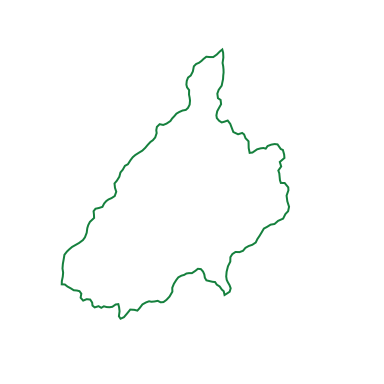 Muzambinho, Minas Gerais, Brazil (Equal Earth projection), rotated 201°
{"feature_id": "56859067B59746480079814", "entity_name": "Muzambinho", "entity_type": "district", "adm_level": 2, "iso_a3": "BRA", "parent_name": "Brazil", "parent_adm1": "Minas Gerais", "projection": "equal_earth", "projection_center": [-46.515, -21.373], "detail": "fine", "context": "isolated", "style": "outline", "palette": "green", "viewbox_px": 384, "rotation_deg": 201, "n_neighbors": 0, "source": "geoboundaries", "source_scale": "gbopen_adm2", "svg_char_len": 2985}
<svg xmlns="http://www.w3.org/2000/svg" viewBox="0 0 384 384"><g transform="rotate(201 192 192)"><path d="M255.6,209.7L258.2,206.2L259.8,203.2L260.8,199.8L261.8,194.9L264.0,192.4L264.6,188.1L265.8,184.6L265.3,180.2L266.2,175.6L267.4,172.2L265.4,168.3L262.8,165.1L262.7,160.5L264.9,157.5L267.3,155.1L268.8,152.8L269.9,149.8L270.3,146.0L273.2,143.7L276.1,141.8L277.0,138.8L275.5,135.9L274.1,132.7L275.4,130.0L276.6,127.5L277.0,123.9L276.8,120.8L275.7,116.2L275.7,111.3L276.6,108.0L279.2,103.9L281.5,101.1L284.3,97.7L286.1,94.4L287.4,91.6L288.6,87.7L287.7,83.3L286.8,78.6L285.5,74.2L283.4,70.5L282.3,66.6L281.6,62.2L280.5,59.1L277.6,60.1L274.4,59.1L270.6,58.6L267.2,57.9L264.1,58.8L261.5,59.1L258.9,57.4L258.1,53.4L254.7,51.6L251.9,54.2L248.5,55.1L245.6,53.0L244.2,50.3L241.5,49.4L238.3,51.9L235.2,51.4L233.3,53.7L230.4,54.0L227.6,54.9L225.2,56.3L223.0,59.6L220.6,60.9L218.8,58.3L216.9,54.7L215.7,49.8L213.3,48.1L210.7,50.7L209.1,55.2L207.5,60.1L203.7,61.3L200.5,61.7L199.3,64.8L198.0,69.3L195.3,72.5L192.9,74.6L190.5,75.0L187.7,76.4L185.0,78.1L181.7,77.8L179.2,79.0L177.2,82.1L175.5,86.3L174.6,91.9L176.1,95.5L176.0,99.9L175.1,104.4L174.2,107.4L171.9,110.1L169.6,111.8L168.0,113.9L165.9,115.1L163.0,116.2L160.6,119.6L159.0,122.4L156.1,123.2L153.2,121.7L151.0,119.5L149.3,116.6L146.9,114.7L143.8,115.1L140.8,115.5L138.2,116.2L135.7,114.4L132.3,113.7L129.2,111.6L126.8,110.7L124.7,107.5L122.8,110.0L121.1,112.4L121.4,116.0L123.6,118.5L126.2,120.6L128.1,122.4L129.8,125.4L131.1,129.9L131.8,135.5L131.3,140.7L132.8,144.9L132.1,148.5L129.9,151.6L126.1,152.9L123.3,155.4L122.1,159.0L119.7,161.9L116.8,164.3L114.4,167.7L114.1,171.5L113.3,174.9L112.5,179.3L111.8,183.6L109.3,186.5L106.9,189.7L103.5,191.7L101.3,195.9L97.4,199.8L96.9,204.9L95.4,208.5L96.1,213.0L99.7,217.5L102.4,222.5L102.6,228.2L103.8,230.8L108.7,233.6L112.3,232.3L114.1,234.5L117.2,240.7L119.1,243.0L117.9,247.8L120.8,251.5L117.9,256.9L119.4,260.0L122.2,263.8L124.5,263.9L129.2,267.1L132.0,266.4L135.0,264.6L137.9,262.0L138.7,258.9L141.0,258.7L143.5,257.4L146.5,255.2L149.7,250.5L152.2,249.2L154.8,253.3L157.4,259.6L161.3,261.4L164.0,264.4L166.3,265.1L169.7,262.4L174.9,262.8L180.7,269.3L184.3,271.5L187.0,269.2L189.2,267.6L192.2,268.2L195.3,269.9L196.7,272.3L197.4,276.4L197.0,279.6L196.3,284.4L198.3,288.2L201.4,288.9L203.6,292.9L203.7,296.9L202.4,301.9L203.5,308.6L204.6,312.0L205.3,314.8L206.5,317.7L207.9,320.5L209.7,323.4L210.9,328.7L212.8,333.1L214.8,335.9L216.4,333.1L218.1,329.2L220.5,325.6L223.6,324.4L227.1,323.4L228.9,320.4L230.1,317.8L231.8,315.1L234.0,313.0L235.3,310.0L234.4,304.8L234.9,300.3L236.7,297.4L236.7,293.8L235.7,290.2L234.1,287.9L231.2,286.1L229.7,281.9L228.0,279.2L226.6,276.6L225.5,272.7L225.9,269.0L227.2,266.4L230.0,264.7L232.6,262.1L234.6,259.6L235.7,256.4L236.9,253.5L237.6,250.5L240.3,246.7L242.9,244.3L246.5,243.7L248.1,240.2L247.5,236.9L246.1,234.3L245.9,229.7L247.1,226.3L248.7,223.9L250.2,220.2L251.5,216.4L253.2,212.8L255.6,209.7Z" fill="none" stroke="#15803d" stroke-width="2"/></g></svg>